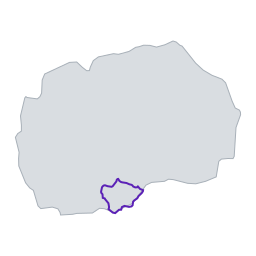 Novaci on a map of North Macedonia (Equal Earth projection)
{"feature_id": "MKD-2947", "entity_name": "Novaci", "entity_type": "Statistical Region", "adm_level": 1, "iso_a3": "MKD", "parent_name": "North Macedonia", "parent_adm1": "", "projection": "equal_earth", "projection_center": [21.636, 41.014], "detail": "coarse", "context": "in_parent", "style": "outline", "palette": "violet", "viewbox_px": 256, "rotation_deg": 0, "n_neighbors": 0, "source": "natural_earth", "source_scale": "10m", "svg_char_len": 1688}
<svg xmlns="http://www.w3.org/2000/svg" viewBox="0 0 256 256"><path d="M113.6,53.7L118.5,54.3L129.1,51.4L135.7,47.3L139.1,46.7L143.6,45.2L150.0,45.4L156.5,47.1L164.8,44.8L173.0,41.0L176.2,42.0L179.8,45.2L182.1,46.1L195.7,63.2L203.2,70.1L212.0,75.3L222.0,79.2L225.6,82.8L232.1,101.1L235.2,108.0L239.4,110.1L240.4,112.1L240.6,114.7L236.0,127.5L234.2,156.3L233.0,158.6L228.0,158.5L221.4,159.1L218.8,161.3L216.2,176.9L205.6,181.3L195.8,183.8L187.6,183.3L173.2,179.6L168.5,179.2L164.5,181.3L151.6,182.4L146.0,185.1L132.7,203.3L119.3,209.6L114.7,212.8L104.4,208.7L99.5,208.3L92.4,213.0L76.8,213.4L72.6,214.3L60.6,215.0L60.1,212.5L57.9,208.8L52.3,207.1L40.8,208.6L38.0,205.9L33.4,190.4L29.7,187.9L25.6,182.8L18.8,166.0L18.6,158.6L19.1,152.3L15.4,137.3L17.8,133.5L21.4,131.1L21.4,125.1L20.5,115.9L24.8,97.9L25.9,96.6L27.0,97.5L37.3,98.9L39.9,96.7L41.6,93.1L42.2,80.0L44.7,74.0L69.5,62.4L76.7,62.0L82.3,67.3L86.7,70.7L89.4,70.6L90.3,67.2L93.3,60.6L98.4,56.9L113.4,53.7L113.6,53.7Z" fill="#d9dde1" stroke="#a8b0b8" stroke-width="1"/><path d="M131.5,206.4L129.0,206.9L124.4,205.9L121.9,207.1L121.2,209.7L119.0,209.8L115.2,213.1L112.8,212.6L108.5,209.1L109.0,207.8L109.0,206.6L108.4,203.2L105.1,199.2L104.7,198.4L102.8,197.9L102.5,194.3L101.2,192.7L101.1,191.5L102.0,187.3L102.8,186.2L104.2,185.3L105.1,185.3L107.6,186.2L111.6,186.8L112.7,186.2L116.4,181.4L116.8,179.7L117.6,179.0L118.2,178.9L119.4,180.9L120.8,181.9L122.0,182.3L126.5,183.0L129.4,184.3L131.5,184.8L132.3,185.3L133.2,186.5L135.2,187.4L137.2,187.3L137.9,186.5L140.1,189.0L143.1,190.1L142.9,191.3L141.7,193.1L138.5,196.1L137.3,198.3L134.0,200.6L133.1,201.7L132.6,205.3L131.5,206.4Z" fill="none" stroke="#5b21b6" stroke-width="2"/></svg>